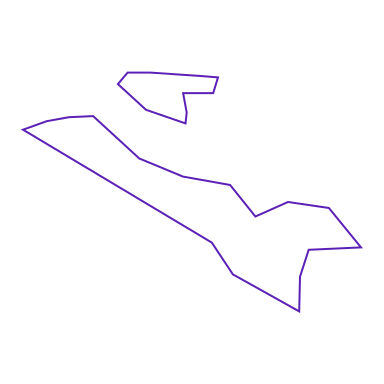 SVG path tracing the border of Baie Sainte Anne
{"feature_id": "SYC-5204", "entity_name": "Baie Sainte Anne", "entity_type": "state/province", "adm_level": 1, "iso_a3": "SYC", "parent_name": "Seychelles", "parent_adm1": "", "projection": "albers", "projection_center": [55.733, -4.314], "detail": "fine", "context": "isolated", "style": "outline", "palette": "violet", "viewbox_px": 384, "rotation_deg": 0, "n_neighbors": 0, "source": "natural_earth", "source_scale": "10m", "svg_char_len": 451}
<svg xmlns="http://www.w3.org/2000/svg" viewBox="0 0 384 384"><path d="M23.0,129.7L46.7,121.2L68.9,117.2L93.1,116.1L139.3,158.5L183.0,176.6L230.1,185.0L255.4,216.5L287.9,202.0L328.9,208.0L361.0,247.4L308.7,249.8L300.0,276.7L299.2,311.4L232.9,274.4L211.8,242.6L23.0,129.7ZM117.9,84.1L127.6,72.6L150.5,72.6L203.5,76.2L218.0,77.4L213.2,93.1L183.1,93.1L186.7,112.5L185.5,123.4L146.0,109.8L117.9,84.1Z" fill="none" stroke="#5b21b6" stroke-width="2"/></svg>